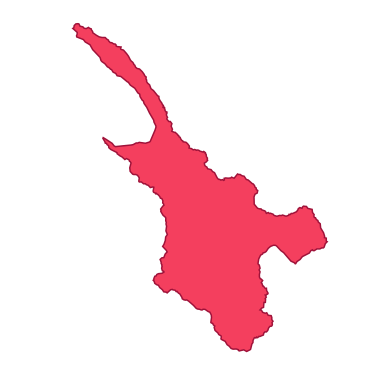 Dolores, Tolima, Colombia (Mercator projection), rotated 278°
{"feature_id": "7082276B30807690938488", "entity_name": "Dolores", "entity_type": "district", "adm_level": 2, "iso_a3": "COL", "parent_name": "Colombia", "parent_adm1": "Tolima", "projection": "mercator", "projection_center": [-74.784, 3.628], "detail": "fine", "context": "isolated", "style": "filled", "palette": "rose", "viewbox_px": 384, "rotation_deg": 278, "n_neighbors": 0, "source": "geoboundaries", "source_scale": "gbopen_adm2", "svg_char_len": 6017}
<svg xmlns="http://www.w3.org/2000/svg" viewBox="0 0 384 384"><g transform="rotate(278 192 192)"><path d="M340.5,52.2L338.1,52.1L337.4,51.2L334.1,56.1L332.3,56.3L330.6,55.9L329.5,56.3L327.8,63.3L325.7,65.4L323.6,70.5L319.1,73.9L312.5,82.2L309.5,83.6L308.5,84.8L306.9,87.9L304.2,90.8L303.5,92.7L302.2,94.3L302.0,95.3L299.7,97.2L298.8,100.0L296.7,101.7L296.5,105.5L292.0,112.8L291.9,113.6L289.2,116.1L286.8,120.9L282.6,124.6L281.6,126.6L279.2,127.3L276.0,129.9L275.3,131.2L273.0,132.2L269.6,135.4L264.2,139.0L257.9,144.0L255.8,144.7L252.5,147.0L251.2,147.3L248.2,146.8L236.3,143.6L235.6,143.0L233.8,139.1L233.8,132.8L232.9,131.3L232.8,129.9L230.8,127.2L230.1,125.4L226.3,109.9L226.8,108.5L229.1,106.1L232.3,99.3L233.5,96.5L232.7,96.3L229.7,98.7L228.3,99.3L228.2,100.6L227.1,101.3L226.3,102.9L224.3,103.5L222.8,105.7L220.6,112.2L219.5,112.5L217.7,115.8L217.0,117.8L214.8,121.0L216.0,122.5L215.1,125.2L213.8,125.8L213.4,126.7L212.2,127.6L207.3,127.0L203.8,127.9L201.4,130.8L201.2,132.1L201.5,133.8L201.0,135.7L198.7,137.8L195.3,137.8L194.6,138.4L194.9,140.5L193.4,142.9L193.7,144.7L192.9,145.7L192.5,147.8L190.6,150.1L191.5,152.4L191.4,153.5L187.5,153.4L186.4,154.0L185.8,155.9L185.2,156.2L185.7,157.0L185.0,157.6L184.7,158.7L183.1,160.6L181.5,161.6L181.3,163.0L179.2,164.4L177.1,164.5L176.1,165.6L174.8,166.0L174.2,165.2L170.7,163.3L169.7,163.8L168.4,163.8L165.0,166.5L163.1,169.4L162.4,169.7L159.8,170.0L158.2,170.8L156.7,170.7L154.6,171.6L149.8,171.6L146.5,173.5L143.8,172.2L140.2,172.3L136.2,171.5L134.0,170.5L130.6,174.7L129.2,175.7L126.9,174.1L123.1,173.2L122.6,171.3L120.8,169.8L118.3,171.2L116.9,171.4L115.6,172.4L114.5,172.4L114.0,172.8L112.4,172.5L110.5,173.3L109.8,173.7L109.6,174.9L108.9,175.4L107.4,173.8L106.4,170.0L105.4,168.6L104.0,168.2L103.4,166.9L101.1,166.3L99.6,166.4L99.2,165.9L98.1,167.1L96.4,167.8L95.3,169.8L94.9,171.8L92.9,173.3L91.0,176.4L89.2,177.9L89.2,180.5L88.6,181.4L92.3,184.5L92.8,186.1L92.4,186.7L92.4,188.9L91.1,190.3L91.5,191.1L90.1,192.5L89.3,194.2L86.2,196.7L84.9,197.2L84.1,199.0L84.0,200.6L84.4,201.8L83.5,203.8L79.9,209.3L77.4,212.3L76.9,213.6L76.9,215.9L76.5,217.4L76.6,218.5L77.4,219.2L77.6,221.2L75.8,224.8L75.5,226.4L72.9,228.2L70.4,228.8L65.5,228.8L65.0,229.3L64.8,230.7L63.3,231.7L62.4,233.2L61.0,232.8L58.1,234.1L56.1,237.2L54.6,238.3L53.6,240.7L52.7,241.2L50.6,241.1L50.1,241.7L48.7,245.7L45.7,248.0L44.5,250.3L42.5,252.5L42.1,254.5L42.7,257.7L42.3,259.9L41.6,260.0L41.2,260.9L42.9,265.2L41.7,268.3L43.8,271.4L44.4,271.9L49.9,272.5L51.3,273.3L53.6,273.1L56.3,274.0L56.6,274.5L56.3,275.6L57.3,276.1L56.9,277.3L58.4,278.4L58.3,279.2L60.3,282.6L62.2,282.7L63.7,283.8L63.8,285.2L65.4,286.3L68.1,286.8L69.7,287.8L70.3,289.5L71.0,289.9L72.2,290.0L73.8,289.4L75.3,290.2L76.7,288.8L78.9,288.5L80.6,287.6L80.5,284.6L82.8,282.8L82.1,281.4L82.7,278.7L84.6,277.2L84.7,275.8L86.6,277.0L87.7,278.9L92.7,278.6L92.9,280.0L95.9,279.8L96.5,279.3L98.2,280.2L100.1,278.9L100.3,279.9L101.2,280.3L101.4,281.1L102.4,281.4L104.8,279.6L107.0,279.1L106.7,278.5L107.0,277.6L108.8,275.8L108.8,275.1L110.9,274.2L111.8,273.2L114.2,274.3L115.5,272.5L115.6,271.7L117.2,270.6L119.9,270.2L122.4,270.5L124.2,269.3L126.0,270.0L129.0,268.8L129.6,267.8L130.4,267.3L135.0,267.4L139.0,268.7L140.4,270.5L141.6,270.9L142.2,272.4L143.4,273.7L146.9,275.4L149.1,277.4L150.6,280.1L150.8,282.1L150.3,283.3L146.3,288.2L144.7,291.2L137.3,299.6L136.2,303.2L135.3,304.2L135.4,304.6L137.8,305.7L140.2,308.4L143.4,310.3L147.9,316.7L150.5,317.9L151.5,319.4L150.8,320.0L150.9,321.2L153.0,323.6L153.4,326.5L154.7,328.3L154.9,329.8L155.7,330.5L159.4,331.2L161.6,332.8L162.0,331.8L165.0,331.4L165.2,329.5L166.6,329.5L170.0,327.9L174.3,324.4L178.4,323.4L179.9,321.2L181.3,320.6L182.1,318.9L183.7,317.9L183.8,316.7L185.2,316.0L186.6,316.1L188.5,314.2L191.5,313.4L191.9,308.9L193.6,307.4L193.5,304.3L192.5,303.5L191.2,303.2L191.6,301.0L190.4,299.6L189.2,299.4L187.0,298.2L184.7,294.6L184.6,293.2L183.4,292.5L183.4,291.2L182.4,291.0L181.1,288.5L181.8,284.9L181.1,283.7L181.0,282.0L179.8,279.5L180.2,276.6L181.3,275.4L181.9,272.6L181.5,271.5L182.3,270.4L181.2,268.6L183.0,267.5L183.5,266.5L184.0,263.7L184.9,262.7L184.7,261.5L185.0,259.2L188.6,255.3L195.7,254.1L198.6,254.7L200.0,256.7L202.6,256.9L203.5,255.3L204.9,255.0L205.7,253.6L207.1,253.0L208.5,251.5L208.7,250.5L211.7,246.0L212.0,244.0L214.9,241.4L215.0,239.4L216.1,237.1L215.8,236.0L216.2,234.6L211.5,231.8L212.2,229.1L211.3,228.4L210.7,225.8L210.6,223.4L210.0,221.9L208.5,222.4L207.9,221.8L208.5,220.4L207.8,218.9L208.4,217.6L208.2,216.7L208.6,216.0L209.6,214.9L214.3,211.6L215.1,209.5L216.8,207.8L217.2,204.2L218.7,203.3L219.5,201.6L220.4,200.8L222.4,200.2L223.7,201.9L225.6,203.1L226.7,202.4L227.7,202.6L228.9,201.4L231.4,200.7L231.9,199.8L232.8,199.8L233.8,198.0L233.1,197.5L233.6,194.1L234.3,192.8L234.3,191.1L233.9,190.6L234.5,188.8L233.9,187.3L234.9,185.5L235.1,183.0L237.1,183.0L239.3,180.8L240.4,179.1L240.5,176.2L241.3,175.8L241.6,174.8L242.8,173.6L244.5,172.6L244.8,171.6L245.9,171.0L246.1,170.2L246.8,169.9L247.7,168.6L248.8,166.9L248.6,166.1L249.4,163.5L251.4,163.9L254.3,162.2L256.9,162.6L258.8,160.7L258.6,159.2L260.6,157.0L261.5,156.9L262.4,157.4L263.9,156.3L265.5,155.8L266.2,156.2L266.9,155.6L267.6,156.1L268.0,154.9L269.1,153.8L270.3,153.7L270.9,152.9L271.8,153.1L272.2,152.6L271.9,151.6L273.8,151.6L274.2,150.7L275.9,149.7L278.2,147.5L280.2,146.2L282.1,145.9L282.5,144.6L287.1,139.7L288.6,137.0L292.2,135.1L293.7,132.8L295.0,131.7L296.6,131.5L297.5,130.7L299.5,130.6L300.6,128.9L301.8,128.3L304.2,126.0L306.5,122.9L306.7,120.4L307.8,118.7L309.6,117.7L310.2,116.6L311.2,116.2L312.4,115.0L313.1,113.7L314.3,112.5L317.6,110.2L319.6,108.3L323.0,104.4L323.4,101.7L324.2,101.3L325.7,101.6L325.6,97.6L326.0,96.6L327.1,96.3L327.8,95.5L327.8,93.7L328.7,91.8L328.6,90.2L329.9,88.5L330.8,88.1L331.6,86.2L332.9,84.6L332.5,81.3L332.7,78.5L333.9,75.5L335.9,71.6L337.2,71.2L338.5,69.9L339.6,69.4L339.8,67.8L340.6,66.6L339.1,64.5L339.1,62.5L340.4,60.9L340.6,58.1L342.7,56.6L342.8,55.6L342.3,53.6L340.5,52.2Z" fill="#f43f5e" stroke="#9f1239" stroke-width="1.5"/></g></svg>